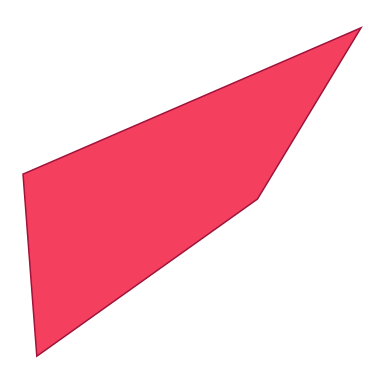 Rakahanga, Mercator projection
{"feature_id": "COK-4960", "entity_name": "Rakahanga", "entity_type": "state/province", "adm_level": 1, "iso_a3": "COK", "parent_name": "Cook Islands", "parent_adm1": "", "projection": "mercator", "projection_center": [-161.082, -10.036], "detail": "fine", "context": "isolated", "style": "filled", "palette": "rose", "viewbox_px": 384, "rotation_deg": 0, "n_neighbors": 0, "source": "natural_earth", "source_scale": "10m", "svg_char_len": 188}
<svg xmlns="http://www.w3.org/2000/svg" viewBox="0 0 384 384"><path d="M23.0,174.1L361.0,27.8L257.5,199.0L36.8,356.2L23.0,174.1Z" fill="#f43f5e" stroke="#9f1239" stroke-width="1.5"/></svg>